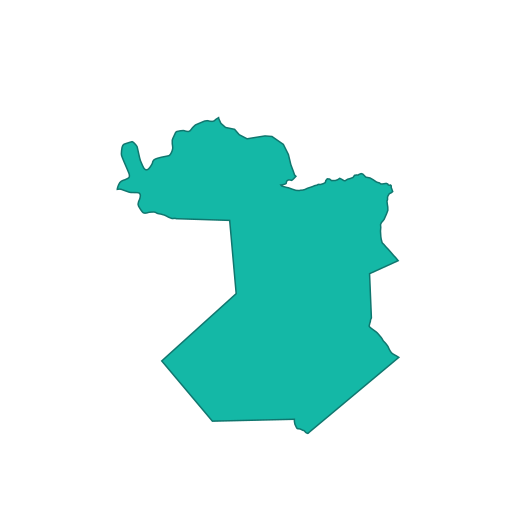 Arada, Santa Bárbara, Honduras, rotated 226°
{"feature_id": "27666195B41783757195237", "entity_name": "Arada", "entity_type": "district", "adm_level": 2, "iso_a3": "HND", "parent_name": "Honduras", "parent_adm1": "Santa Bárbara", "projection": "albers", "projection_center": [-88.298, 14.85], "detail": "fine", "context": "isolated", "style": "filled", "palette": "teal", "viewbox_px": 512, "rotation_deg": 226, "n_neighbors": 0, "source": "geoboundaries", "source_scale": "gbopen_adm2", "svg_char_len": 6089}
<svg xmlns="http://www.w3.org/2000/svg" viewBox="0 0 512 512"><g transform="rotate(226 256 256)"><path d="M153.9,355.0L158.5,355.4L159.1,355.3L161.6,355.4L169.0,355.8L172.4,355.8L175.6,356.0L177.8,355.9L181.2,357.8L183.3,359.3L187.4,362.8L189.9,365.6L192.1,367.4L192.9,369.4L193.1,371.8L193.4,373.7L194.1,375.4L195.6,379.1L197.3,382.6L199.7,384.8L202.1,386.5L204.5,388.3L205.2,389.8L205.3,389.9L206.9,391.4L207.6,392.7L208.2,395.2L207.5,397.4L207.4,399.1L211.4,400.9L212.5,402.0L213.6,402.1L214.1,401.2L215.2,400.5L216.3,400.8L217.8,400.1L218.7,398.8L219.9,397.1L221.2,395.8L222.8,395.6L223.8,395.0L225.4,394.1L227.4,393.7L229.7,393.2L233.0,392.2L235.0,390.8L236.6,389.7L238.3,389.8L240.8,389.7L242.2,388.9L243.1,386.9L243.3,385.6L244.3,384.8L245.6,382.9L245.3,381.5L245.1,380.3L246.3,377.6L247.6,375.2L248.2,372.4L248.9,371.7L251.7,370.9L253.7,370.2L254.1,367.9L255.1,365.6L257.8,362.7L260.2,362.4L262.0,360.9L261.8,358.7L260.7,356.8L261.3,354.7L262.6,352.1L264.3,350.5L264.5,349.3L265.9,347.0L266.6,345.0L269.0,340.0L269.9,337.3L271.1,335.2L272.4,333.7L273.0,332.6L275.5,330.3L278.9,328.5L282.4,326.8L284.3,325.5L286.7,324.1L288.4,323.1L289.8,323.2L288.8,324.6L288.3,325.5L287.6,326.9L287.3,327.7L287.4,328.4L288.2,329.4L288.6,330.7L288.1,332.3L287.3,333.1L285.6,334.2L285.4,336.4L285.5,338.3L285.6,340.1L287.4,340.0L291.3,341.8L297.5,344.5L306.5,349.8L317.3,353.2L330.9,350.5L336.1,345.9L342.0,337.5L346.5,331.0L354.9,328.2L362.0,328.6L369.6,323.4L375.8,322.9L380.4,324.5L381.5,325.2L381.8,323.8L382.1,322.4L382.2,321.6L382.2,321.2L382.2,320.6L382.3,320.1L382.3,319.8L382.4,319.5L382.6,319.0L382.8,318.6L383.4,317.9L383.9,317.4L384.5,316.9L384.8,316.6L385.2,316.3L386.5,315.5L386.8,315.3L387.0,315.1L387.4,314.7L387.8,314.1L388.5,313.2L388.8,312.7L389.1,312.0L392.1,304.2L392.2,303.9L392.3,303.6L392.4,302.8L392.4,302.3L392.4,300.7L392.4,299.8L392.3,298.9L392.1,297.6L391.9,296.1L391.9,295.9L391.9,295.5L392.0,295.3L392.1,294.7L392.3,294.3L392.4,294.1L392.5,293.9L393.0,293.4L394.4,292.3L394.7,292.1L395.5,291.7L396.0,291.4L396.5,291.1L396.9,290.7L398.1,289.2L398.8,288.3L399.6,287.0L400.4,285.8L400.6,285.4L400.7,285.0L400.7,284.6L400.7,284.2L400.6,283.7L400.4,283.2L398.4,278.0L397.9,277.0L397.6,276.4L397.3,276.1L397.2,275.9L396.3,275.1L395.3,274.1L394.6,273.5L393.2,272.5L392.2,271.7L391.5,271.1L390.9,270.3L390.6,269.8L390.1,269.1L389.8,268.4L389.5,267.8L389.2,267.1L389.0,266.4L388.8,265.7L388.6,265.0L388.6,264.4L388.5,263.8L388.6,263.4L388.7,263.0L389.8,261.2L392.5,257.0L393.4,255.5L393.8,254.7L394.7,253.1L395.1,252.2L395.4,251.6L395.7,250.7L395.9,250.0L396.0,249.5L396.0,248.9L395.9,248.5L395.8,248.0L395.7,247.6L395.5,247.2L395.3,246.8L395.0,246.4L394.8,246.1L394.6,245.7L394.5,245.3L394.2,244.4L393.9,243.4L393.7,242.3L393.5,241.5L393.4,240.9L393.4,240.3L393.3,239.7L393.3,239.0L393.4,238.6L393.4,238.3L393.6,237.9L393.7,237.6L393.9,237.3L394.0,237.1L394.2,236.9L394.5,236.7L394.9,236.5L395.3,236.4L395.8,236.3L396.4,236.3L396.8,236.3L397.2,236.4L397.6,236.5L399.6,237.1L400.7,237.5L403.6,238.6L404.9,239.1L406.4,239.9L407.5,240.5L415.7,245.5L416.7,246.1L417.0,246.3L417.4,246.4L417.8,246.5L418.8,246.7L420.3,246.8L421.0,246.8L421.8,246.8L422.4,246.8L423.0,246.7L423.6,246.6L423.9,246.5L424.1,246.4L424.3,246.3L424.5,246.0L424.7,245.6L425.5,244.1L426.9,241.3L427.7,239.6L428.0,238.9L428.1,238.6L428.1,238.3L428.1,238.0L428.1,237.6L428.1,237.3L428.0,236.9L427.7,236.2L427.4,235.6L427.1,235.0L426.1,233.7L425.1,232.4L424.0,231.2L423.1,230.2L422.5,229.7L421.8,229.2L421.4,229.0L420.1,228.4L418.7,227.8L414.6,226.2L408.5,223.9L403.9,222.1L403.1,221.7L402.4,221.3L401.7,220.7L401.2,220.2L401.0,219.9L400.8,219.6L400.8,219.4L400.7,219.1L400.7,218.7L400.8,218.2L400.9,217.6L401.3,216.4L401.7,215.2L401.9,214.6L402.4,213.7L402.7,213.0L402.9,212.5L403.1,212.0L403.2,211.5L403.4,210.9L403.4,210.2L403.4,209.7L403.4,209.0L403.1,208.1L402.9,207.3L402.5,206.3L401.9,205.0L401.4,204.1L400.9,203.2L400.3,202.5L399.8,203.2L399.1,204.1L398.6,204.6L398.2,204.9L397.9,205.1L397.7,205.3L393.6,207.3L390.2,209.0L389.6,209.4L389.1,209.7L388.4,210.3L387.1,211.6L384.9,213.8L384.2,214.5L383.6,215.0L383.0,215.4L382.8,215.5L382.5,215.6L382.1,215.7L381.8,215.7L381.4,215.6L381.0,215.5L380.6,215.4L380.4,215.2L379.9,214.9L379.6,214.5L379.3,214.2L378.6,213.3L378.0,212.3L377.5,211.3L376.8,209.6L376.6,209.2L376.2,208.6L375.8,208.0L375.3,207.3L375.0,207.0L374.6,206.8L374.1,206.5L373.5,206.2L372.0,205.8L370.2,205.4L368.7,205.1L367.7,205.0L367.2,204.9L366.8,204.9L366.3,204.9L365.7,204.9L365.5,205.0L365.1,205.1L364.6,205.4L364.1,205.8L363.6,206.3L363.4,206.6L363.1,207.0L362.8,207.4L362.4,208.2L362.1,208.8L361.6,209.6L361.2,210.1L360.3,211.2L358.8,212.9L358.3,213.3L357.9,213.6L357.6,213.8L357.2,214.0L356.9,214.1L356.2,214.3L355.9,214.4L355.5,214.5L354.9,214.8L353.7,215.6L352.5,216.5L351.7,217.0L350.6,217.6L349.1,218.5L348.6,218.7L347.8,219.0L347.3,219.2L345.4,219.8L344.3,220.2L342.8,220.9L341.7,221.4L341.4,221.6L341.0,221.9L340.8,222.1L340.6,222.3L340.0,223.2L339.6,223.6L339.3,223.9L339.0,224.2L338.7,224.3L338.2,224.6L299.9,261.8L242.7,215.6L246.0,115.3L167.5,109.9L111.9,170.2L111.1,169.4L110.3,168.7L109.3,168.0L108.2,167.3L107.9,167.1L106.4,166.6L105.0,166.1L104.2,165.9L103.6,165.8L103.3,165.8L103.0,165.9L100.9,167.6L99.5,168.1L98.4,168.5L97.9,168.7L97.5,169.0L97.2,169.2L96.8,169.3L96.1,169.3L95.5,169.3L94.9,169.2L94.6,169.2L93.5,169.5L92.8,169.8L92.6,169.9L92.4,170.1L92.3,170.5L92.2,170.8L92.3,171.0L92.3,171.3L83.9,288.3L87.0,287.5L88.5,287.0L90.0,286.6L91.1,286.3L91.8,286.3L92.2,286.2L92.9,286.3L93.6,286.4L95.1,286.7L95.8,286.9L96.5,287.1L97.4,287.4L99.0,288.0L99.5,288.1L99.9,288.2L100.7,288.3L102.2,288.5L103.9,288.6L105.7,288.6L106.6,288.6L107.4,288.8L108.5,289.1L109.4,289.3L110.8,289.5L112.5,289.6L113.8,289.7L115.8,289.8L116.5,289.8L117.9,289.7L122.4,288.9L124.4,288.6L125.2,288.5L125.9,288.5L126.4,288.5L126.6,288.6L126.8,288.6L127.1,288.8L127.3,289.1L127.9,290.1L128.5,291.0L129.1,292.1L129.3,292.6L129.6,292.9L130.2,293.7L130.6,294.3L130.8,294.6L130.9,295.0L131.1,295.5L131.3,296.0L164.4,325.4L153.9,355.0Z" fill="#14b8a6" stroke="#0f766e" stroke-width="1.5"/></g></svg>